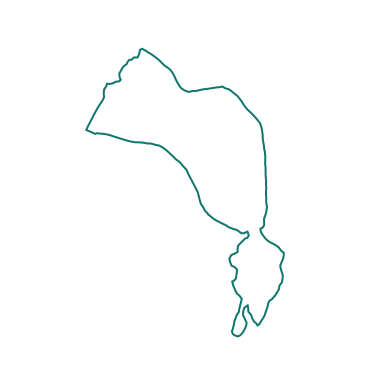 the district of Al Ashah, Amran, Yemen, rotated 344°
{"feature_id": "15242507B84634184088095", "entity_name": "Al Ashah", "entity_type": "district", "adm_level": 2, "iso_a3": "YEM", "parent_name": "Yemen", "parent_adm1": "Amran", "projection": "albers", "projection_center": [43.794, 16.335], "detail": "fine", "context": "isolated", "style": "outline", "palette": "teal", "viewbox_px": 384, "rotation_deg": 344, "n_neighbors": 0, "source": "geoboundaries", "source_scale": "gbopen_adm2", "svg_char_len": 4969}
<svg xmlns="http://www.w3.org/2000/svg" viewBox="0 0 384 384"><g transform="rotate(344 192 192)"><path d="M107.5,103.2L115.1,109.5L117.1,109.3L118.9,110.2L122.4,111.5L125.7,113.0L129.1,114.9L130.8,116.2L132.5,117.3L132.8,117.5L134.3,118.5L137.3,120.5L138.4,121.2L140.5,122.6L142.3,123.7L145.6,125.8L148.1,127.1L151.7,128.8L153.7,129.3L157.0,130.5L158.6,131.1L159.0,131.3L162.9,133.3L165.3,133.8L168.5,135.7L170.2,136.8L173.4,138.4L176.4,141.5L178.6,144.4L180.6,147.6L182.4,150.7L183.6,152.5L184.9,155.1L186.2,157.1L186.9,157.9L187.8,159.0L188.9,160.9L189.7,162.9L192.8,169.1L193.1,171.2L193.3,173.0L197.5,193.5L197.2,203.2L197.2,203.3L197.2,203.5L197.2,203.9L197.2,204.0L197.2,204.3L197.2,204.7L197.3,204.9L197.3,205.0L197.3,205.4L197.3,205.5L197.4,205.8L197.4,206.1L197.5,206.2L197.5,206.3L197.5,206.5L197.6,206.8L197.7,207.0L197.8,207.3L197.8,207.5L197.9,207.8L197.9,208.0L198.2,208.3L198.7,210.1L199.1,213.0L199.3,213.3L199.4,213.5L199.5,213.7L199.5,213.8L199.5,214.0L199.8,214.4L199.8,214.5L200.0,214.7L200.1,214.9L200.2,215.0L200.3,215.3L200.4,215.5L200.5,215.8L200.7,216.1L200.7,216.3L200.9,216.6L201.0,216.7L201.0,216.8L201.1,217.0L201.2,217.3L201.3,217.4L201.3,217.6L201.4,217.8L201.4,218.0L201.5,218.2L201.6,218.4L201.7,218.6L201.8,218.7L201.9,218.8L202.0,218.9L202.1,219.0L202.3,219.3L202.5,219.6L202.6,219.9L202.7,220.0L202.8,220.1L203.0,220.3L203.1,220.5L203.3,220.7L203.4,220.8L203.5,221.0L203.7,221.4L203.8,221.5L204.1,221.9L204.2,222.0L204.3,222.2L204.5,222.5L204.8,222.9L204.9,223.1L205.0,223.2L205.2,223.4L205.2,223.5L205.4,223.8L205.5,223.9L205.7,224.1L205.8,224.3L206.0,224.5L206.3,224.8L206.4,225.0L206.5,225.0L206.8,225.3L207.0,225.5L207.2,225.8L207.3,225.8L207.4,226.0L207.5,226.1L207.7,226.3L207.8,226.3L207.9,226.5L208.0,226.6L208.4,226.9L208.5,227.0L208.9,227.4L209.1,227.5L209.3,227.7L209.5,227.9L209.7,228.1L209.8,228.2L209.9,228.3L210.2,228.5L210.4,228.8L210.6,228.9L210.8,229.1L211.0,229.4L211.2,229.6L211.5,229.8L211.6,230.0L211.8,230.1L212.1,230.4L212.3,230.5L212.5,230.7L212.7,230.9L212.8,231.0L213.0,231.2L213.2,231.3L213.3,231.5L213.5,231.6L213.7,231.8L213.9,232.0L214.0,232.1L214.3,232.3L214.6,232.5L214.8,232.8L215.1,233.1L215.4,233.4L215.5,233.5L215.8,233.8L216.0,233.9L216.0,234.0L216.3,234.3L216.5,234.6L216.7,234.8L216.8,234.9L216.8,235.0L217.0,235.1L217.1,235.4L217.2,235.6L218.5,236.7L220.4,238.0L221.9,239.3L224.7,240.8L228.2,245.4L230.7,245.9L234.4,245.4L234.6,249.5L232.4,251.4L230.1,251.4L230.0,251.5L223.9,254.9L221.4,256.5L220.4,258.6L219.3,262.2L215.8,263.1L212.4,263.4L209.6,266.2L209.3,269.9L209.7,273.7L212.4,276.0L213.9,279.0L212.3,283.0L211.2,285.4L210.4,287.2L208.4,288.6L206.0,289.2L205.8,292.6L206.2,296.2L206.7,299.8L207.2,302.0L209.1,304.9L210.4,308.4L208.7,311.5L206.8,314.7L205.0,317.9L204.0,320.1L200.8,323.0L199.4,324.9L199.3,325.3L197.6,327.3L195.5,331.3L193.8,334.4L192.0,336.9L192.1,339.7L193.5,341.6L196.5,343.5L198.9,343.0L200.8,341.9L202.5,340.7L205.8,337.4L208.1,333.9L208.4,331.9L207.8,328.4L207.1,324.2L208.5,320.8L208.5,320.6L210.2,317.8L214.3,316.3L214.0,319.0L213.2,322.5L215.0,326.8L215.1,330.3L216.0,333.8L217.6,336.0L218.2,338.3L220.3,337.6L223.2,334.8L226.0,332.6L228.3,329.9L230.4,326.8L232.5,323.9L235.0,319.3L236.8,317.8L239.2,317.1L241.2,315.8L243.3,314.5L246.1,311.9L248.8,309.4L250.2,306.2L253.4,303.7L255.1,300.6L256.3,297.1L256.2,293.5L256.2,289.5L256.6,286.9L259.0,284.0L261.2,281.1L262.8,278.0L263.4,275.7L261.4,272.7L260.2,269.4L258.1,266.5L252.6,261.2L251.3,259.6L249.5,256.5L248.8,254.6L248.1,252.6L247.3,250.2L247.3,248.3L247.3,247.7L247.7,246.1L249.9,245.8L252.2,243.8L253.9,237.5L255.2,235.8L257.3,232.8L258.4,230.5L260.0,227.1L260.3,223.4L261.1,220.0L262.0,217.7L262.2,215.6L263.3,211.8L264.6,208.3L265.2,204.9L266.5,201.5L266.7,199.5L267.1,197.5L267.6,195.4L268.9,190.7L269.6,188.2L269.9,185.8L271.0,182.1L272.1,178.7L273.2,172.7L273.3,170.2L274.0,166.6L274.2,164.2L274.6,160.8L275.7,156.4L276.2,152.9L276.5,149.9L276.5,146.2L276.1,143.8L275.3,141.9L273.7,138.3L272.1,135.0L270.2,131.7L268.3,128.5L266.7,125.1L265.8,122.5L264.8,119.0L263.5,115.5L262.2,112.3L260.0,109.3L258.1,106.5L256.0,103.6L252.5,101.4L250.2,98.9L247.6,98.9L244.3,98.2L240.7,97.8L236.9,97.3L234.8,97.0L231.1,96.4L227.5,96.1L225.1,96.1L223.1,95.9L220.9,95.1L217.1,95.0L214.9,94.0L212.3,91.7L210.0,88.9L209.2,86.6L208.2,82.9L207.4,79.3L207.2,77.2L206.8,75.0L206.0,71.6L204.6,68.3L203.3,66.3L200.5,63.0L198.7,59.8L196.9,56.5L194.8,53.4L192.5,50.4L190.2,47.5L188.7,46.2L186.5,43.4L183.4,40.5L181.1,41.2L179.2,44.9L176.8,47.7L173.3,46.7L170.2,48.2L167.8,47.8L165.9,49.3L164.4,51.1L161.1,52.3L158.9,53.9L156.5,56.4L154.7,58.2L154.0,61.9L154.4,64.3L152.7,65.6L150.2,65.1L148.2,65.1L146.3,65.7L142.8,65.5L140.1,64.5L138.7,66.7L135.8,69.2L134.2,73.2L133.6,76.6L131.4,79.2L129.1,81.1L123.4,86.2L121.8,87.9L119.8,89.9L119.7,89.9L119.4,90.2L118.0,91.8L116.3,93.6L114.8,95.2L113.2,96.9L111.5,98.6L110.6,99.6L110.0,100.2L109.8,100.5L108.5,102.1L107.5,103.2Z" fill="none" stroke="#0f766e" stroke-width="2"/></g></svg>